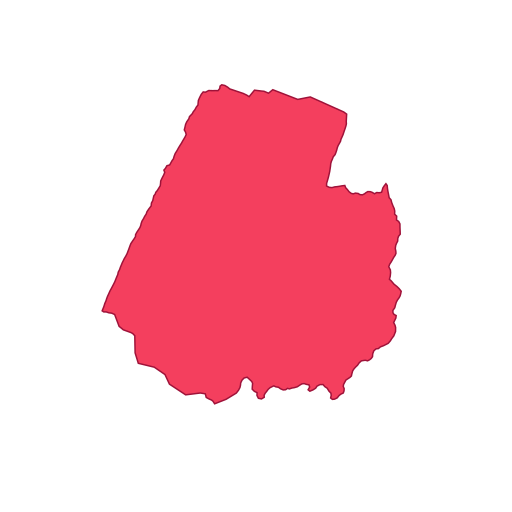 outline of Piatã, Bahia, Brazil, rotated 232°
{"feature_id": "56859067B29072797764638", "entity_name": "Piatã", "entity_type": "district", "adm_level": 2, "iso_a3": "BRA", "parent_name": "Brazil", "parent_adm1": "Bahia", "projection": "albers", "projection_center": [-41.891, -13.042], "detail": "fine", "context": "isolated", "style": "filled", "palette": "rose", "viewbox_px": 512, "rotation_deg": 232, "n_neighbors": 0, "source": "geoboundaries", "source_scale": "gbopen_adm2", "svg_char_len": 4383}
<svg xmlns="http://www.w3.org/2000/svg" viewBox="0 0 512 512"><g transform="rotate(232 256 256)"><path d="M401.1,340.0L403.8,338.2L406.5,337.6L409.6,336.4L412.0,334.4L412.0,332.3L410.3,330.5L409.7,327.8L411.3,325.9L412.9,323.7L415.5,320.6L416.2,317.0L417.8,315.4L417.1,312.4L415.6,309.2L414.1,306.4L412.1,304.5L410.7,303.2L410.1,300.7L408.9,298.0L408.3,295.4L407.4,293.5L407.1,291.5L406.8,289.4L405.5,287.6L404.4,284.1L403.1,281.6L401.2,279.3L399.5,277.1L397.2,276.8L394.7,275.8L393.5,273.4L392.5,270.9L391.7,268.8L390.9,267.0L390.0,264.4L388.9,261.5L387.7,258.7L386.5,255.4L385.0,252.9L383.4,250.7L382.8,248.5L381.9,246.4L380.9,244.0L382.0,241.4L380.8,238.5L380.4,236.3L378.1,235.6L376.7,233.2L375.9,231.4L374.9,229.3L373.8,227.1L372.2,225.7L370.3,223.8L369.1,220.6L368.3,218.4L367.9,216.3L366.8,214.6L366.3,212.5L364.9,210.8L363.2,208.7L362.1,206.2L360.0,204.2L359.1,200.6L358.0,197.3L356.6,195.2L355.8,192.7L354.7,190.4L353.7,187.7L352.3,185.5L351.1,184.1L349.9,182.1L349.0,179.5L348.1,176.8L347.0,174.3L345.5,173.0L344.7,170.9L343.8,168.0L342.8,165.0L341.5,162.8L340.1,160.6L338.9,158.6L337.3,156.0L336.1,153.4L335.0,150.5L333.9,148.3L333.0,146.4L331.9,144.5L330.7,142.3L329.3,140.2L328.1,137.5L326.5,135.7L325.5,133.8L324.3,131.7L322.7,129.0L321.4,126.3L320.5,124.3L319.5,122.1L318.3,119.3L316.8,116.5L315.7,114.3L314.3,112.0L313.1,110.3L311.7,107.7L309.7,104.8L308.5,102.7L307.5,101.0L305.7,101.6L304.2,103.5L301.8,105.1L299.8,107.1L296.9,108.6L284.8,104.8L281.9,105.5L279.5,106.0L275.7,108.4L272.7,110.3L270.8,111.1L267.8,111.4L254.1,101.1L243.9,97.2L231.0,107.4L218.6,111.3L208.3,108.9L189.9,115.1L182.3,127.8L178.6,131.2L175.2,129.7L172.4,130.9L169.8,132.3L168.0,132.7L165.0,132.4L161.5,144.2L160.1,156.1L161.0,159.6L162.2,162.3L163.7,164.2L165.4,165.8L166.8,168.6L167.2,171.6L165.9,174.4L162.4,175.0L159.7,175.4L157.7,174.9L155.8,173.1L153.4,171.0L150.3,171.4L147.7,172.7L145.5,170.9L142.4,170.3L140.0,172.3L139.6,175.5L141.3,176.7L142.2,178.7L142.8,181.3L143.4,183.3L143.6,185.9L143.2,187.9L142.7,190.1L140.8,191.0L138.7,192.9L136.2,193.6L133.7,195.0L132.4,197.0L132.3,199.3L130.7,200.5L129.9,202.9L128.6,205.3L127.5,208.1L127.3,210.8L127.0,213.4L125.8,215.4L123.8,216.7L121.9,218.4L119.7,217.6L118.5,214.7L116.3,215.2L115.4,218.5L115.1,221.6L115.9,223.9L115.3,227.2L113.4,229.7L110.7,229.8L108.0,230.7L104.5,230.3L101.8,230.6L99.8,229.4L98.2,227.4L96.0,227.9L94.8,229.8L94.2,232.6L94.9,235.5L94.9,237.8L94.3,240.4L95.5,242.3L97.2,243.8L99.6,244.5L100.9,246.0L102.9,250.5L102.5,255.2L102.7,257.3L103.9,258.7L106.0,261.5L106.8,264.0L107.2,266.4L107.4,268.7L108.3,271.5L108.5,274.5L106.6,277.9L104.7,279.4L104.3,281.4L104.3,283.6L104.9,285.8L107.1,287.8L108.8,290.6L108.9,293.5L107.7,295.4L107.8,298.1L106.8,301.3L105.8,306.4L106.4,309.6L107.3,312.0L108.2,315.4L110.6,319.5L113.7,322.0L115.8,322.9L118.8,323.5L121.0,328.0L122.8,329.8L125.0,328.8L127.0,329.0L128.8,330.3L129.8,333.5L131.5,335.7L133.2,338.1L134.3,340.6L134.9,342.8L135.8,344.9L137.1,346.7L138.8,348.7L142.1,348.7L145.1,348.3L148.8,347.4L151.5,347.3L153.4,347.2L155.5,346.8L157.5,349.4L160.0,351.8L162.3,353.3L165.8,354.0L167.3,356.4L168.0,358.6L168.9,360.8L170.1,363.6L170.9,366.1L171.9,367.9L173.8,369.2L176.2,370.4L178.4,372.7L179.6,374.8L180.5,376.8L182.6,378.6L183.8,380.5L184.4,383.1L186.6,384.7L189.8,387.0L192.7,389.2L195.4,389.7L197.9,388.9L200.8,391.4L203.6,391.0L206.0,393.0L208.3,394.1L211.2,394.8L214.5,395.8L217.3,397.0L219.9,396.8L223.6,398.7L226.2,400.0L228.3,401.2L230.8,402.8L233.0,402.9L232.4,400.4L231.5,397.8L230.3,396.2L228.9,394.2L230.0,392.0L231.7,390.2L232.1,387.7L234.5,386.8L236.3,385.7L237.9,383.8L238.2,381.8L238.2,379.8L238.7,377.5L240.4,375.7L242.4,375.0L244.4,373.0L245.1,370.9L246.7,369.6L249.3,368.9L252.3,368.9L254.6,368.7L256.9,369.4L258.5,366.7L259.6,364.6L260.6,362.8L262.0,360.6L263.1,358.0L265.0,356.0L267.7,354.7L269.8,356.4L271.7,359.1L273.7,361.8L275.4,363.9L277.2,366.1L279.2,368.2L280.9,370.0L282.8,371.8L284.2,373.7L285.3,375.8L286.6,377.9L287.2,380.7L288.3,382.6L289.7,384.7L291.4,386.9L292.5,388.8L293.4,391.0L294.4,393.3L295.6,394.7L296.8,397.0L298.1,399.4L299.8,401.9L301.8,405.0L303.2,407.0L304.5,408.6L306.4,409.9L308.8,412.0L312.0,414.8L315.5,413.8L347.9,396.7L350.0,392.6L353.7,385.3L376.7,371.6L376.6,366.1L380.9,363.7L382.3,362.2L387.6,356.9L385.8,348.7L388.6,347.7L392.0,346.0L401.1,340.0Z" fill="#f43f5e" stroke="#9f1239" stroke-width="1.5"/></g></svg>